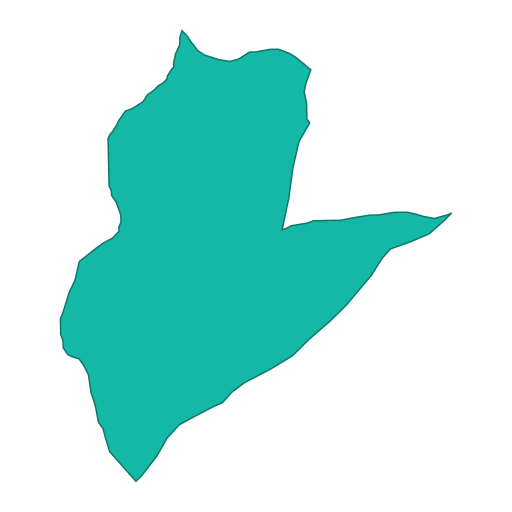 outline of Bani Swayf, Bani Suwayf, Egypt
{"feature_id": "37247803B61298803193986", "entity_name": "Bani Swayf", "entity_type": "district", "adm_level": 2, "iso_a3": "EGY", "parent_name": "Egypt", "parent_adm1": "Bani Suwayf", "projection": "albers", "projection_center": [31.094, 29.077], "detail": "fine", "context": "isolated", "style": "filled", "palette": "teal", "viewbox_px": 512, "rotation_deg": 0, "n_neighbors": 0, "source": "geoboundaries", "source_scale": "gbopen_adm2", "svg_char_len": 1897}
<svg xmlns="http://www.w3.org/2000/svg" viewBox="0 0 512 512"><path d="M451.6,212.9L448.3,214.7L446.3,215.2L434.4,218.5L423.2,216.4L416.4,214.3L407.4,212.2L394.0,212.4L378.4,215.0L369.4,215.2L353.8,217.7L340.4,220.3L331.5,220.4L313.6,220.8L306.9,223.2L291.3,225.7L286.8,228.1L283.5,229.3L282.8,229.5L282.1,229.8L288.8,198.1L291.5,177.9L292.5,170.7L292.9,167.8L299.0,141.6L309.7,122.9L306.9,119.0L306.6,103.1L304.1,91.8L306.1,82.7L310.8,69.8L296.7,58.0L289.9,53.6L278.6,49.3L269.6,49.4L256.2,51.9L249.5,52.1L243.2,56.1L238.5,59.1L229.6,61.5L218.3,59.5L211.6,57.3L204.8,55.2L198.0,50.8L191.1,41.9L186.5,35.2L181.9,30.7L179.8,37.6L179.9,44.3L175.7,53.5L173.6,62.6L173.7,67.1L171.5,69.4L167.2,76.3L167.2,78.6L163.8,82.2L163.3,82.7L162.8,83.2L158.4,85.6L154.0,90.2L147.4,94.8L143.1,101.7L132.0,108.7L125.4,111.1L118.9,120.3L116.7,124.9L112.4,131.8L110.2,134.1L109.1,136.3L108.0,138.6L108.1,140.9L108.3,149.9L108.5,159.0L108.7,168.1L108.9,177.1L109.1,186.2L111.4,190.7L111.5,195.2L114.0,198.9L116.1,201.9L118.5,208.7L120.9,215.4L120.9,217.7L121.0,222.2L118.9,226.8L118.9,227.1L118.9,227.4L119.0,231.3L116.8,233.6L112.4,238.2L103.5,242.9L96.9,247.6L88.1,254.6L79.3,261.5L75.2,279.7L70.9,288.9L68.8,293.4L67.5,297.8L66.7,300.3L64.6,307.1L62.5,314.0L60.4,318.5L60.7,334.4L63.1,341.1L63.2,347.9L66.3,352.4L67.9,354.6L72.4,356.8L79.1,358.9L83.8,365.6L88.0,373.8L88.2,374.2L88.4,374.6L91.1,392.7L93.4,399.5L95.9,408.5L98.4,422.0L103.0,428.7L105.4,437.7L109.7,451.7L135.9,481.3L141.9,475.4L156.7,456.3L167.2,438.0L179.2,424.8L194.2,416.6L212.8,406.9L222.6,402.5L231.8,392.2L244.6,382.6L245.2,382.3L245.8,382.0L270.3,369.2L292.4,355.8L297.9,350.4L308.7,339.6L330.5,320.7L346.5,304.9L346.6,304.7L346.8,304.5L361.6,286.9L371.5,275.2L374.5,270.5L374.6,270.4L374.6,270.2L382.0,258.4L390.5,248.9L409.9,242.0L429.2,233.8L444.3,220.5L448.1,216.6L451.6,212.9Z" fill="#14b8a6" stroke="#0f766e" stroke-width="1.5"/></svg>